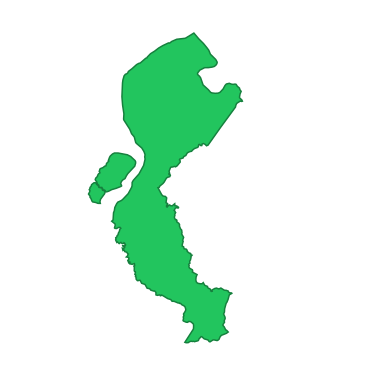 the district of Amapá, Amapá, Brazil, rotated 241°
{"feature_id": "56859067B97677328674999", "entity_name": "Amapá", "entity_type": "district", "adm_level": 2, "iso_a3": "BRA", "parent_name": "Brazil", "parent_adm1": "Amapá", "projection": "robinson", "projection_center": [-50.772, 1.676], "detail": "fine", "context": "isolated", "style": "filled", "palette": "green", "viewbox_px": 384, "rotation_deg": 241, "n_neighbors": 0, "source": "geoboundaries", "source_scale": "gbopen_adm2", "svg_char_len": 6089}
<svg xmlns="http://www.w3.org/2000/svg" viewBox="0 0 384 384"><g transform="rotate(241 192 192)"><path d="M205.4,107.6L201.4,109.2L200.1,108.7L198.2,106.8L197.5,107.0L196.6,108.4L196.7,110.0L196.3,111.4L196.0,111.9L194.8,112.2L194.4,110.8L192.8,109.4L191.7,107.6L190.5,106.7L190.2,105.4L189.2,104.5L189.0,103.1L187.5,102.6L187.2,102.0L186.6,101.9L184.4,101.8L184.6,102.5L182.2,103.3L182.4,105.4L181.2,105.7L180.4,106.6L180.2,107.4L180.6,107.9L180.1,108.2L179.5,108.0L178.9,108.3L178.4,107.9L177.9,108.2L177.3,107.6L177.5,107.0L178.7,105.4L178.2,105.3L176.7,106.2L176.1,106.2L175.8,104.9L176.7,103.9L174.3,103.3L174.3,104.3L173.7,104.6L172.5,104.3L170.9,105.8L169.2,105.8L168.7,106.2L167.4,104.6L167.0,103.1L166.0,104.3L164.9,104.8L163.4,103.7L163.4,102.7L162.7,102.5L161.0,103.6L161.2,102.4L160.5,102.3L159.7,103.1L159.3,102.8L157.8,104.6L157.3,106.9L155.3,106.1L155.4,105.2L154.2,105.1L151.1,103.3L150.3,103.3L149.8,103.8L149.2,103.6L147.6,102.1L147.2,102.5L146.6,102.5L145.4,101.5L144.6,101.8L142.9,100.9L141.1,101.2L140.6,101.7L140.4,103.0L139.9,103.8L136.6,103.7L133.9,106.1L129.6,106.1L127.9,108.1L126.1,108.4L123.9,110.5L123.6,111.3L121.7,111.8L119.5,110.6L118.4,111.6L117.7,113.9L116.6,114.0L116.4,114.8L116.7,115.3L115.8,116.1L110.5,119.1L108.2,121.3L106.1,121.6L105.0,123.4L101.6,126.1L101.1,127.1L100.6,127.1L100.0,128.1L98.6,128.3L96.3,129.8L95.0,130.2L92.4,129.7L91.1,128.5L89.4,125.4L87.8,125.0L86.9,123.7L85.7,123.4L84.0,121.9L83.4,121.9L80.9,123.8L80.1,125.1L80.4,126.0L80.3,126.6L79.2,128.0L76.1,129.2L74.5,128.7L72.0,127.2L71.3,126.5L64.0,112.9L63.0,113.8L62.3,115.2L62.0,116.1L62.3,117.2L61.9,118.9L61.1,119.8L60.6,121.1L59.9,121.6L59.0,125.0L59.1,125.7L60.0,126.7L61.1,129.9L60.5,130.5L57.6,131.5L54.9,134.2L52.9,134.5L52.2,135.1L52.4,138.5L52.1,139.4L49.9,141.9L49.8,142.9L50.1,144.3L51.5,146.0L52.4,148.1L51.7,153.6L52.0,155.8L54.4,155.2L55.1,154.6L58.4,154.8L60.3,154.4L61.1,154.9L62.4,157.4L63.6,157.6L65.2,159.6L66.5,160.2L70.0,160.5L71.3,162.2L74.0,163.9L78.1,167.9L78.6,169.0L80.5,171.4L83.6,174.4L84.0,174.9L84.0,177.7L84.5,177.7L85.5,176.2L86.8,175.4L87.7,175.7L89.3,174.4L90.4,172.7L94.0,170.7L94.2,168.5L96.1,166.8L96.6,165.1L96.6,162.6L96.2,161.8L95.4,161.6L95.6,160.8L96.5,160.4L96.9,161.0L97.6,161.0L98.9,160.6L99.7,159.7L101.2,159.4L101.9,159.8L104.2,157.9L107.3,157.9L106.9,156.4L107.6,154.9L109.6,152.6L111.4,152.2L113.2,152.7L115.7,154.4L117.3,156.4L121.8,153.5L122.5,154.3L123.8,154.6L126.7,152.9L128.3,153.1L129.1,153.9L130.2,154.0L130.7,154.8L130.7,155.6L132.6,156.4L133.3,157.7L135.2,159.4L136.1,159.8L136.7,161.4L137.8,160.6L138.6,161.0L139.1,160.9L139.3,160.3L142.3,159.0L143.5,159.5L144.9,159.2L146.1,157.6L148.3,158.1L149.3,157.2L150.5,157.8L153.2,160.4L154.3,160.4L156.4,162.7L160.3,162.6L161.2,163.5L163.7,164.5L165.4,164.1L168.3,164.5L169.5,165.3L170.9,165.3L173.4,164.2L174.6,165.1L175.6,164.7L175.8,164.1L177.7,164.1L178.7,164.5L179.8,165.7L180.8,166.0L181.9,167.7L182.4,167.5L183.4,167.8L184.5,167.4L186.0,169.7L185.4,171.8L185.0,171.7L184.7,172.1L184.8,172.6L185.4,172.8L186.5,171.8L187.1,172.0L188.3,170.4L190.1,171.2L189.5,168.0L190.2,166.8L191.5,166.2L191.6,164.9L190.9,162.9L191.5,162.6L192.6,163.3L193.2,164.9L193.7,165.0L195.3,164.1L199.1,167.0L201.0,166.6L202.4,164.8L204.3,164.2L212.3,164.3L212.0,165.6L212.8,166.8L213.5,170.7L214.2,172.5L216.5,176.3L216.7,177.7L216.2,180.0L217.1,181.2L217.9,181.2L218.4,180.4L219.1,180.5L219.2,181.5L221.3,182.0L223.7,185.0L223.9,185.9L223.2,187.3L223.0,188.9L222.0,189.8L222.1,191.7L223.9,196.2L225.3,196.8L226.2,196.6L226.7,197.2L226.1,200.8L227.0,202.0L226.9,204.3L228.2,206.3L228.5,207.3L228.4,209.6L227.8,211.4L228.3,212.5L228.8,215.2L228.3,218.4L228.5,219.4L230.2,220.9L230.1,221.5L228.2,222.3L227.9,223.1L229.1,224.2L228.9,225.4L227.5,226.5L225.4,227.1L225.2,228.7L234.7,248.4L245.2,271.2L246.5,272.3L247.6,273.7L247.9,274.7L248.1,278.3L247.1,279.4L247.0,280.1L248.4,280.2L251.2,279.3L251.9,279.5L254.4,281.5L256.2,283.8L258.2,283.5L259.9,283.9L262.5,282.9L264.7,282.8L265.5,282.0L266.1,280.4L267.0,279.0L269.0,277.3L269.8,274.4L269.2,272.6L267.0,269.1L265.6,264.8L265.8,262.8L267.1,260.1L268.9,257.6L270.1,256.6L273.5,255.9L280.3,253.6L287.7,254.9L289.6,254.7L291.6,254.0L292.5,254.0L293.4,254.7L294.8,258.0L294.6,263.3L292.8,266.7L291.5,270.1L291.0,272.4L291.3,274.3L292.0,275.7L292.9,276.7L293.7,277.0L296.4,277.0L303.6,274.9L307.8,275.4L310.9,275.0L316.4,274.0L322.6,272.2L330.1,270.7L329.7,260.7L333.0,252.7L333.5,247.3L333.1,244.5L333.8,243.7L334.2,237.6L334.1,232.7L333.3,227.4L333.1,222.9L331.7,218.3L331.2,217.8L331.4,216.3L329.9,209.3L330.3,207.8L330.3,205.3L328.9,199.2L328.3,194.8L327.3,193.6L327.0,191.9L327.3,190.9L326.5,188.9L323.5,185.9L321.1,184.1L309.3,176.9L301.6,173.4L293.3,170.3L288.9,167.5L288.0,167.3L277.1,168.0L272.3,167.4L268.2,168.2L262.7,166.8L261.6,166.9L254.9,169.4L250.6,169.6L247.3,169.0L245.7,167.7L243.5,166.9L238.7,162.6L233.5,154.4L230.6,146.2L229.4,144.3L226.5,142.6L225.4,141.5L221.5,135.4L219.2,128.1L218.8,126.2L219.1,122.2L218.2,120.3L215.9,117.0L213.3,115.0L211.9,113.3L205.8,109.4L205.4,107.6ZM240.8,113.4L239.7,115.4L237.0,115.4L236.0,116.5L235.1,116.8L234.0,116.5L233.5,117.4L233.1,119.5L233.0,123.0L232.0,127.4L231.3,132.5L231.4,133.3L232.0,133.6L233.8,133.6L235.3,135.2L236.1,137.2L236.2,139.9L238.0,142.5L239.2,144.8L242.3,154.4L244.7,156.8L246.0,157.4L247.2,157.4L252.8,155.6L255.9,153.5L261.9,146.3L263.7,143.1L263.8,140.9L263.1,138.0L262.4,136.8L260.1,134.1L259.4,134.2L258.4,131.1L256.6,129.5L256.9,128.2L256.5,126.0L256.9,123.1L256.6,122.5L254.9,120.8L254.0,121.0L253.3,120.6L253.2,119.1L252.3,117.5L251.5,116.9L250.8,114.5L249.8,113.4L249.0,113.3L247.2,113.6L244.6,113.2L243.1,113.8L241.7,113.2L240.8,113.4ZM239.1,115.1L241.2,112.8L242.9,113.1L244.8,112.3L246.4,112.3L247.1,111.9L247.6,110.6L247.1,107.7L245.8,106.4L245.5,105.1L244.5,104.4L243.8,103.2L242.6,103.4L241.7,102.5L240.4,100.5L237.8,100.8L236.6,100.2L235.6,100.5L232.7,100.1L231.5,100.3L229.5,102.7L227.7,104.2L226.5,106.3L228.0,106.7L230.0,108.5L232.9,114.8L234.1,115.8L235.4,116.1L236.9,114.6L239.1,115.1Z" fill="#22c55e" stroke="#15803d" stroke-width="1.5"/></g></svg>